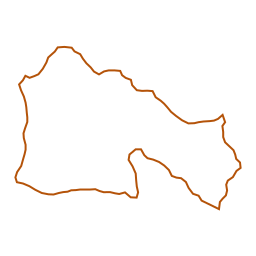 Ascurra, Santa Catarina, Brazil (Albers equal-area conic projection)
{"feature_id": "56859067B70069484893186", "entity_name": "Ascurra", "entity_type": "district", "adm_level": 2, "iso_a3": "BRA", "parent_name": "Brazil", "parent_adm1": "Santa Catarina", "projection": "albers", "projection_center": [-49.389, -26.969], "detail": "fine", "context": "isolated", "style": "outline", "palette": "amber", "viewbox_px": 256, "rotation_deg": 0, "n_neighbors": 0, "source": "geoboundaries", "source_scale": "gbopen_adm2", "svg_char_len": 1632}
<svg xmlns="http://www.w3.org/2000/svg" viewBox="0 0 256 256"><path d="M219.0,209.1L219.9,202.0L222.6,198.7L225.9,195.4L227.1,190.5L226.2,184.7L227.8,180.6L232.9,177.1L236.5,170.9L240.6,167.9L240.0,162.5L236.2,158.9L235.2,154.5L233.5,150.2L230.1,147.0L225.1,142.3L223.2,137.1L223.2,132.0L222.4,126.0L225.1,122.2L222.6,114.9L218.0,118.9L214.0,120.6L209.9,121.1L203.5,121.5L198.5,122.2L194.3,123.2L188.4,123.4L182.1,120.3L176.0,115.9L171.0,111.8L167.4,107.4L164.1,103.7L160.7,100.7L155.7,97.3L152.6,91.1L147.3,90.7L142.1,90.9L136.8,90.2L132.2,85.2L130.9,79.8L125.7,77.9L122.1,75.2L120.2,70.9L114.6,70.4L108.7,70.4L104.1,71.4L99.0,74.4L94.0,71.6L90.7,67.4L86.4,63.3L82.9,58.7L80.2,54.2L74.5,51.4L71.7,47.7L64.4,46.9L57.7,47.4L54.8,51.6L51.4,54.6L48.2,57.5L46.4,62.5L42.8,68.8L38.4,74.3L34.3,76.1L29.6,77.8L25.4,75.8L22.9,80.3L19.1,84.4L21.0,90.2L23.9,96.6L25.6,102.7L26.3,107.2L26.8,112.9L27.3,117.3L27.3,122.0L25.1,128.2L23.5,133.3L23.8,138.0L25.6,144.8L25.6,149.7L24.6,154.1L23.2,158.9L21.2,166.0L17.1,172.1L15.4,177.4L16.9,182.2L23.0,183.5L29.4,186.2L35.3,189.8L41.8,193.0L48.5,194.3L53.6,194.5L58.8,193.0L63.2,192.1L67.6,191.7L71.2,190.3L75.7,190.1L80.4,189.5L85.1,189.5L90.5,189.5L95.3,189.2L99.5,191.0L103.7,192.2L110.0,192.1L115.0,193.3L119.2,194.0L125.0,192.4L130.7,197.3L136.6,197.6L138.1,192.4L136.8,186.5L136.2,180.6L135.7,173.5L132.6,166.4L128.6,159.9L129.5,154.5L135.7,149.3L141.0,149.3L144.3,155.2L147.5,158.2L153.2,159.6L159.1,162.0L164.2,165.5L168.9,170.0L171.8,175.9L176.4,177.6L181.1,178.2L185.9,182.0L188.6,187.9L193.0,193.8L198.6,195.7L201.6,200.6L219.0,209.1Z" fill="none" stroke="#b45309" stroke-width="2"/></svg>